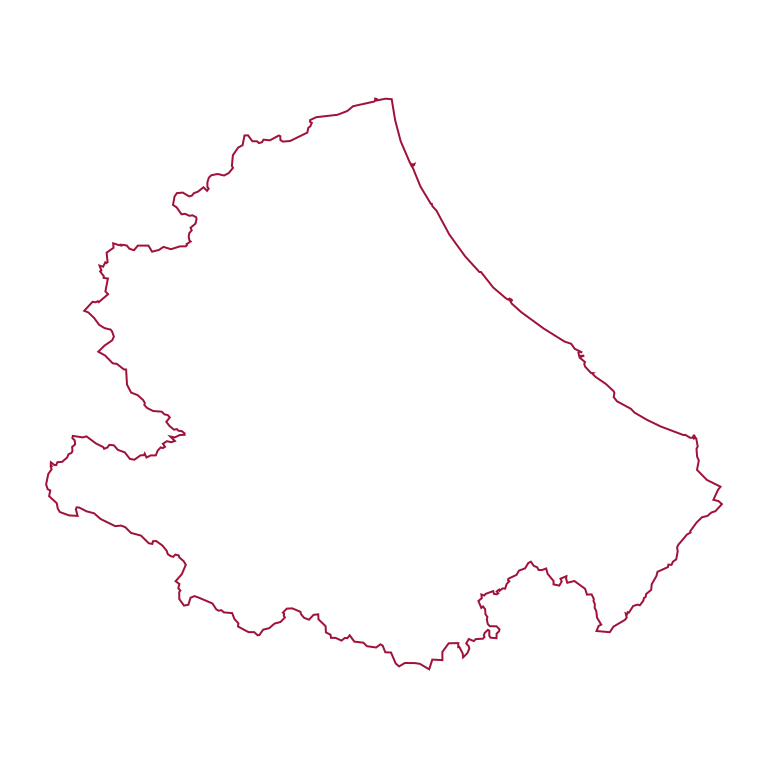 outline of Abruzzo, Pescara, Italy
{"feature_id": "23120603B60396852211", "entity_name": "Abruzzo", "entity_type": "district", "adm_level": 2, "iso_a3": "ITA", "parent_name": "Italy", "parent_adm1": "Pescara", "projection": "robinson", "projection_center": [14.015, 42.289], "detail": "fine", "context": "isolated", "style": "outline", "palette": "rose", "viewbox_px": 768, "rotation_deg": 0, "n_neighbors": 0, "source": "geoboundaries", "source_scale": "gbopen_adm2", "svg_char_len": 6065}
<svg xmlns="http://www.w3.org/2000/svg" viewBox="0 0 768 768"><path d="M176.9,193.1L174.5,196.6L173.0,205.0L176.6,207.3L181.5,214.3L185.1,213.8L189.3,215.8L192.5,215.3L196.1,217.2L196.6,218.7L195.5,223.6L190.6,227.7L191.7,230.4L189.3,233.1L188.7,236.6L189.5,240.5L190.6,241.5L186.6,244.1L187.1,244.9L185.9,246.3L179.8,246.4L171.0,249.2L163.5,246.9L159.0,249.9L152.1,251.7L148.4,245.6L137.8,245.6L134.0,250.2L129.5,248.8L126.7,245.5L123.1,244.8L121.3,245.7L120.7,244.6L119.2,245.2L113.2,243.3L113.5,247.8L106.6,252.7L107.6,262.2L106.3,263.1L105.3,262.3L103.1,266.7L99.5,265.6L101.4,270.5L100.1,271.4L103.8,276.2L103.6,277.9L107.9,278.5L105.4,291.4L108.1,294.2L98.7,302.2L97.8,301.2L95.7,302.3L92.6,301.8L84.2,310.8L88.4,312.5L94.0,317.8L99.1,324.8L104.5,328.1L110.6,329.6L112.0,331.3L113.9,336.6L112.1,340.4L104.5,345.6L98.3,351.7L105.2,355.6L112.7,363.3L116.9,363.9L123.8,369.4L126.1,369.5L127.0,384.6L131.1,392.6L137.6,395.1L143.2,400.1L144.8,402.9L144.4,405.1L147.3,408.1L153.1,411.0L161.8,411.7L164.5,414.4L167.8,415.1L169.8,417.4L166.3,421.8L169.6,426.1L174.1,429.7L176.9,429.1L178.4,430.7L181.9,431.2L184.6,433.4L184.6,434.8L179.9,435.0L174.7,437.4L170.3,436.5L174.9,441.0L171.2,442.2L166.9,441.2L162.9,443.8L165.0,446.8L162.8,448.1L160.7,447.4L157.7,450.6L155.8,455.4L150.8,455.4L146.5,457.5L144.7,453.6L144.0,455.2L140.6,455.3L134.4,459.7L129.9,458.9L124.7,452.3L117.9,449.9L113.9,445.3L109.3,444.9L107.4,447.5L104.1,448.8L103.4,447.2L95.7,443.3L86.5,436.4L82.6,437.4L72.8,435.9L72.4,438.2L74.7,440.3L75.1,444.4L72.1,447.0L72.5,450.6L71.6,452.8L68.5,454.3L67.1,457.6L62.0,461.9L57.4,462.2L56.3,465.0L54.3,465.0L50.9,462.3L50.7,465.2L51.7,466.2L50.7,466.8L51.6,469.3L48.3,473.9L46.1,484.4L47.7,489.2L50.3,490.5L49.1,496.2L56.7,503.1L57.8,508.6L59.8,512.0L69.0,515.4L77.6,515.9L75.9,509.4L76.6,507.4L79.1,507.5L86.5,511.3L94.1,513.3L100.6,519.0L115.1,526.1L121.2,525.6L125.3,527.2L131.0,532.9L141.0,535.6L148.8,543.3L152.3,543.9L153.0,541.2L156.1,541.0L162.4,545.5L166.7,550.8L167.8,554.2L171.1,556.3L173.3,556.8L175.3,554.6L178.7,555.4L179.3,557.4L183.7,561.2L185.8,564.8L181.8,574.2L175.6,581.2L179.4,584.0L178.3,588.3L180.3,590.5L179.2,592.3L179.3,599.1L184.0,605.6L188.4,604.7L190.5,597.8L194.4,596.1L198.4,597.5L212.5,603.5L216.3,609.4L218.6,610.7L221.4,610.2L223.9,612.4L232.1,613.1L234.5,619.1L238.4,623.3L238.0,626.5L248.5,632.1L254.1,632.1L257.7,635.3L259.4,635.0L263.2,629.6L269.2,628.2L274.5,623.6L280.5,622.0L284.9,617.5L283.7,615.8L284.2,613.8L282.9,612.6L286.9,608.6L292.4,608.4L300.4,611.8L301.1,614.3L304.1,617.8L309.0,619.7L313.5,614.9L318.2,614.3L318.5,619.3L325.6,626.2L325.9,632.4L330.5,634.7L331.0,637.9L335.7,637.9L341.5,640.6L344.9,637.9L347.4,638.2L349.7,635.3L354.3,641.6L363.4,642.7L366.9,646.2L376.2,647.5L380.4,644.3L382.7,645.7L385.3,652.3L391.0,652.5L395.7,663.5L399.1,666.4L404.8,663.0L414.8,663.1L419.8,663.8L429.2,669.3L432.3,659.6L442.4,660.1L442.4,651.9L448.7,643.3L458.3,643.1L458.2,647.1L459.3,646.9L462.7,653.5L463.1,657.4L467.4,653.1L469.3,648.6L468.8,646.3L466.2,643.5L468.8,639.0L473.8,641.1L475.8,639.1L482.9,638.7L484.5,637.0L483.8,635.3L484.7,632.9L487.9,629.9L489.3,630.7L489.3,635.7L490.6,637.7L496.5,638.2L496.6,633.7L499.0,631.4L499.5,629.3L496.5,626.3L489.8,626.2L487.8,624.0L486.8,619.5L487.4,617.0L485.5,614.3L485.1,609.2L483.0,606.4L481.3,607.9L478.4,601.0L481.8,598.1L481.4,594.5L484.3,595.5L485.6,593.9L493.2,591.1L494.0,593.9L496.8,594.3L498.2,593.3L496.7,591.4L499.1,589.6L499.6,590.8L502.6,588.4L505.1,588.7L506.7,583.9L509.3,581.3L508.0,580.2L508.4,578.7L516.5,574.9L519.0,570.6L525.0,568.4L528.4,562.9L530.9,561.7L533.7,565.8L537.2,567.3L538.5,569.9L541.8,570.1L546.2,568.5L547.6,573.8L553.6,581.1L553.5,584.4L559.3,585.6L561.7,581.4L560.5,578.7L566.4,576.2L566.1,578.7L567.3,582.8L574.4,581.0L585.1,588.8L587.0,594.6L591.6,594.4L593.8,598.9L593.5,601.1L594.8,603.9L594.7,607.9L596.3,611.1L597.0,617.6L601.2,624.6L598.6,626.0L596.5,631.0L609.8,632.2L613.5,626.6L624.9,619.9L626.7,617.6L625.7,613.5L627.1,614.2L627.7,612.2L628.9,612.6L633.2,606.0L637.6,604.6L639.8,605.3L643.3,600.8L643.9,598.1L645.6,597.0L646.2,594.0L651.2,589.8L651.7,584.2L656.4,576.1L657.5,571.8L667.9,567.1L668.4,564.6L671.5,564.9L673.0,561.6L676.2,559.4L677.7,551.4L677.1,547.4L678.3,544.8L687.0,534.5L690.6,532.5L690.2,531.2L696.6,522.5L701.9,517.3L707.5,515.9L711.4,512.5L715.4,511.2L721.9,504.1L718.5,501.1L713.4,499.8L717.9,490.0L720.5,486.7L707.0,480.0L697.0,469.9L698.8,460.5L697.1,456.6L696.5,448.9L697.7,446.5L696.3,438.7L694.4,436.1L695.3,437.9L693.9,438.6L693.2,437.4L694.7,434.9L693.5,435.7L693.1,436.9L693.1,437.7L690.2,437.8L685.4,434.9L683.3,435.0L660.5,426.4L647.1,419.9L634.5,412.6L630.9,408.8L617.0,401.3L613.7,397.1L614.4,392.9L613.6,391.2L606.2,384.2L595.4,376.8L592.4,373.7L593.2,373.1L590.8,372.8L584.9,366.4L584.3,363.7L585.0,362.1L580.1,358.0L580.2,357.0L582.8,356.2L584.2,355.6L580.4,355.9L580.9,356.6L579.5,357.1L578.4,352.5L579.2,351.8L578.3,351.4L582.2,352.5L574.7,348.8L571.2,343.8L564.4,341.5L543.6,328.5L521.3,312.2L511.7,303.6L510.7,301.6L511.7,300.6L511.0,300.0L510.6,299.8L510.6,301.4L509.0,299.6L510.0,299.0L512.4,300.8L511.5,299.6L509.5,298.6L508.3,299.6L506.1,298.5L493.2,287.5L481.0,272.0L479.4,272.0L465.1,256.3L449.3,234.5L436.5,210.7L432.4,206.2L431.8,203.9L430.9,203.9L420.5,186.6L412.6,167.3L412.3,166.2L414.1,165.0L414.3,164.2L411.6,166.1L410.9,164.7L413.1,164.8L413.6,164.3L411.1,164.3L409.9,162.7L400.7,141.3L395.1,120.0L391.7,99.2L385.6,98.7L376.4,100.5L376.7,99.0L375.1,98.7L375.4,100.3L374.3,101.5L353.1,106.2L347.3,111.0L337.4,114.8L316.2,117.2L310.1,120.1L310.0,121.8L311.8,122.9L310.4,126.2L308.3,127.9L307.3,132.6L290.1,141.0L282.8,141.6L280.4,140.0L280.3,136.2L278.8,135.5L270.0,140.3L263.5,139.7L262.0,142.2L258.9,143.1L257.0,141.3L252.3,141.2L248.0,135.3L244.5,135.5L242.6,145.2L238.1,147.6L232.9,155.2L231.9,165.9L233.0,167.9L228.7,173.1L224.1,175.5L217.6,174.0L211.4,175.2L208.8,177.7L207.4,182.4L207.4,187.0L208.7,188.6L207.1,190.8L203.5,187.3L198.0,191.6L193.7,193.3L192.1,195.5L189.2,196.4L182.8,192.6L176.9,193.1Z" fill="none" stroke="#9f1239" stroke-width="2"/></svg>